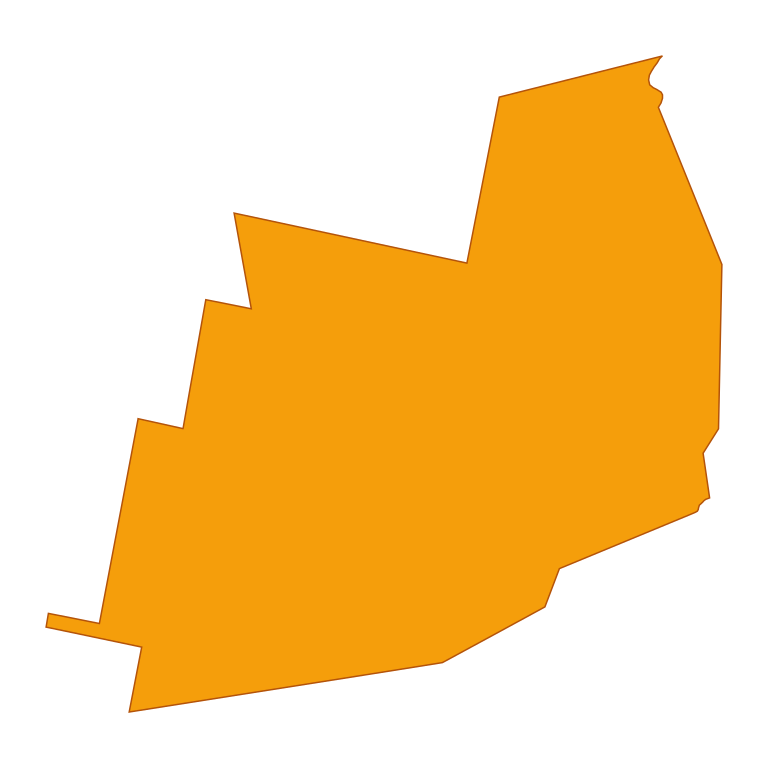 outline of Silípica, Santiago del Estero, Argentina
{"feature_id": "61730980B28261021809980", "entity_name": "Silípica", "entity_type": "district", "adm_level": 2, "iso_a3": "ARG", "parent_name": "Argentina", "parent_adm1": "Santiago del Estero", "projection": "robinson", "projection_center": [-64.209, -28.168], "detail": "fine", "context": "isolated", "style": "filled", "palette": "amber", "viewbox_px": 768, "rotation_deg": 0, "n_neighbors": 0, "source": "geoboundaries", "source_scale": "gbopen_adm2", "svg_char_len": 843}
<svg xmlns="http://www.w3.org/2000/svg" viewBox="0 0 768 768"><path d="M129.2,712.0L363.8,675.1L442.4,662.6L505.6,628.3L544.9,606.9L559.4,568.6L690.9,514.2L694.9,512.5L695.9,512.0L697.4,511.1L698.3,509.4L698.5,507.9L699.4,505.1L700.7,504.0L702.7,502.1L704.0,500.6L705.8,499.3L709.6,497.9L703.1,453.2L718.5,428.8L719.6,375.0L720.7,320.9L721.9,264.5L658.4,107.4L658.4,107.2L659.7,105.1L661.0,103.0L662.5,98.3L662.5,94.8L661.1,92.2L656.8,89.5L653.2,87.7L649.7,84.8L648.6,79.9L649.4,75.1L651.4,71.3L653.6,67.8L653.9,67.2L657.2,62.8L659.5,58.8L662.0,56.2L661.9,56.1L533.8,88.4L519.5,92.0L499.3,97.1L466.9,263.1L234.1,213.1L251.3,308.8L205.8,299.7L196.8,350.6L189.9,389.5L183.1,428.3L183.0,428.6L182.9,428.6L138.1,418.7L138.1,418.9L99.4,623.5L48.4,613.4L46.1,627.1L141.7,647.1L129.2,712.0Z" fill="#f59e0b" stroke="#b45309" stroke-width="1.5"/></svg>